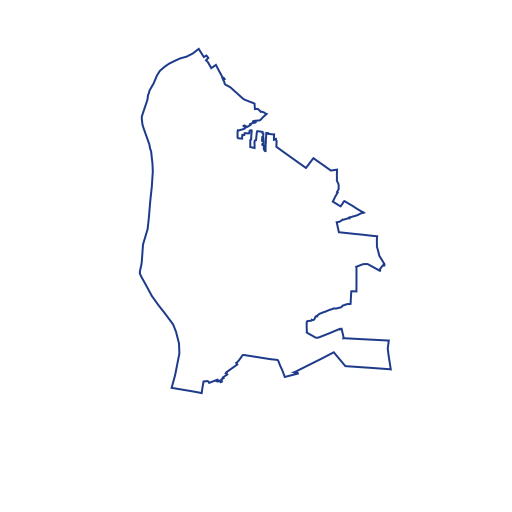 Topalu, Constanta, Romania, rotated 28°
{"feature_id": "2599482B85456823003840", "entity_name": "Topalu", "entity_type": "district", "adm_level": 2, "iso_a3": "ROU", "parent_name": "Romania", "parent_adm1": "Constanta", "projection": "natural_earth1", "projection_center": [28.102, 44.537], "detail": "fine", "context": "isolated", "style": "outline", "palette": "blue", "viewbox_px": 512, "rotation_deg": 28, "n_neighbors": 0, "source": "geoboundaries", "source_scale": "gbopen_adm2", "svg_char_len": 5897}
<svg xmlns="http://www.w3.org/2000/svg" viewBox="0 0 512 512"><g transform="rotate(28 256 256)"><path d="M243.4,412.0L254.6,408.3L262.6,405.6L269.5,403.4L272.4,402.6L270.5,397.3L268.6,391.4L271.9,389.2L273.1,389.2L274.2,390.0L280.1,383.2L281.0,383.7L280.6,384.9L281.4,384.7L282.2,383.4L284.1,384.0L284.9,382.8L283.3,381.5L284.7,379.1L283.8,378.7L286.2,374.2L284.4,373.8L284.9,372.7L284.5,372.4L290.4,360.6L288.9,359.8L288.7,359.7L289.2,358.9L289.4,358.3L289.9,356.0L290.4,352.7L290.7,350.0L291.2,349.4L292.3,348.9L307.7,343.6L318.1,340.0L318.2,339.9L322.7,338.1L324.0,337.7L325.1,338.3L328.8,341.5L332.8,344.5L338.2,349.3L348.1,340.2L347.6,339.7L345.9,340.3L344.8,340.7L344.3,340.8L344.5,340.6L353.5,327.9L362.2,315.7L369.2,305.5L369.9,304.5L386.6,311.3L409.8,300.9L427.9,292.9L428.2,292.8L419.5,281.2L415.8,275.9L412.9,268.3L412.6,268.5L388.8,279.6L371.8,287.5L371.7,287.6L371.4,286.6L365.8,280.1L364.7,281.4L364.2,281.0L357.3,289.5L349.7,298.4L348.7,299.3L347.9,299.7L347.0,300.0L346.4,300.1L343.0,299.9L339.4,299.9L336.7,299.7L336.7,299.4L333.4,293.7L331.9,290.7L331.8,290.1L331.8,289.8L332.0,289.3L334.8,287.4L335.2,287.1L335.2,286.1L335.7,286.1L336.3,285.9L336.7,285.6L336.9,285.3L337.2,284.4L337.3,284.1L337.2,283.4L336.9,282.5L337.0,282.1L337.4,281.4L338.1,280.8L337.7,280.6L337.8,280.5L338.5,278.9L339.1,277.5L339.9,276.4L340.8,275.5L341.2,274.8L341.5,274.5L342.5,273.4L343.1,272.9L345.2,270.3L346.8,268.4L347.7,267.6L348.2,267.3L348.7,266.4L349.2,265.8L349.3,265.7L350.2,265.4L351.3,264.8L351.9,264.4L352.5,263.8L353.1,263.2L354.3,262.2L354.7,261.9L355.5,260.8L355.8,259.4L356.0,258.8L356.8,258.2L357.3,257.7L357.8,256.9L358.4,256.5L359.3,255.5L359.9,255.1L360.9,254.7L362.0,253.9L356.7,242.5L356.7,242.4L361.3,240.1L355.4,228.9L350.1,219.0L350.0,218.7L349.6,218.5L354.2,213.1L356.4,211.7L358.4,210.7L372.4,210.9L372.4,210.4L371.6,209.3L372.3,205.0L373.5,204.5L373.8,204.2L373.6,203.8L372.8,203.3L373.1,202.8L364.8,197.9L360.9,193.6L358.4,191.0L358.2,190.8L357.6,189.4L355.6,185.9L354.6,183.9L354.0,182.4L353.7,181.7L350.4,183.1L339.7,187.3L333.2,190.0L318.0,196.1L311.4,188.3L312.9,187.2L313.6,186.6L314.3,185.5L314.5,185.0L315.3,183.6L315.3,183.2L315.8,183.1L316.4,182.8L317.9,181.1L319.0,180.2L319.3,179.7L319.5,179.5L320.6,179.0L320.1,178.4L320.2,178.1L320.9,177.6L321.2,177.6L322.9,175.7L323.5,175.2L324.6,174.2L325.0,173.7L325.6,173.1L326.3,172.5L326.6,172.2L326.7,171.9L327.3,171.0L328.0,170.0L328.7,169.1L329.0,168.7L329.7,168.2L330.1,167.7L330.4,167.6L330.9,167.1L330.5,167.0L330.2,167.1L328.9,167.1L328.1,167.2L321.5,166.8L317.7,166.4L314.3,166.3L312.0,166.2L308.8,166.0L308.3,166.0L308.0,166.5L307.9,167.6L307.7,170.2L307.5,171.7L307.4,172.4L305.8,172.4L298.3,171.9L298.1,166.6L298.3,161.6L297.5,161.5L297.6,159.0L297.6,158.3L297.5,158.0L296.9,156.9L296.1,155.2L295.1,153.9L294.3,153.1L293.2,152.4L292.7,152.0L292.0,151.5L291.1,149.6L289.1,146.0L287.0,141.7L282.0,145.4L260.8,142.7L260.5,144.1L258.8,154.8L249.5,153.6L232.7,151.4L222.7,150.0L220.2,144.8L219.5,144.5L218.5,143.2L217.6,144.1L217.4,144.9L217.3,145.0L216.8,144.1L214.9,140.2L214.8,140.3L209.5,142.4L209.2,141.8L207.3,142.5L207.9,143.7L208.5,144.9L209.8,148.0L210.6,149.6L211.3,151.0L211.8,152.1L212.4,153.6L215.2,158.9L214.9,159.1L214.6,159.1L214.0,158.9L213.7,158.6L213.3,158.1L212.9,158.0L212.8,157.9L212.6,157.8L211.7,156.0L210.9,154.5L210.8,154.4L210.6,154.4L210.4,154.5L209.6,155.0L209.3,154.7L209.1,154.4L209.0,154.0L209.2,153.4L209.7,152.6L208.4,150.5L207.3,151.4L206.7,150.4L206.8,150.2L207.7,149.3L207.2,148.5L206.5,148.8L206.1,148.9L205.7,148.3L205.6,147.8L206.4,147.3L205.0,144.4L204.2,144.6L203.6,143.4L201.0,144.2L198.5,145.2L198.6,146.1L198.9,147.0L200.6,151.2L201.3,152.9L201.6,153.7L201.6,154.0L200.8,154.6L200.8,154.9L200.8,155.2L201.8,157.4L202.6,158.6L204.0,161.3L199.8,162.5L196.5,156.3L196.6,156.0L196.9,155.8L197.0,155.3L196.2,153.8L194.5,150.1L193.4,147.3L193.1,147.1L192.8,147.2L191.9,147.8L191.7,148.1L191.6,148.4L191.6,148.8L192.4,150.8L192.1,151.0L191.2,151.6L189.9,152.1L188.9,152.5L188.5,152.7L188.3,153.0L188.9,154.7L188.8,154.8L188.3,155.1L187.1,155.5L187.7,157.0L188.6,158.9L185.0,160.4L184.1,160.0L183.8,159.6L183.0,157.9L182.7,157.4L182.5,157.2L182.1,156.4L181.7,155.5L181.4,154.8L181.1,154.1L181.0,153.4L181.5,153.3L181.9,153.2L183.6,151.5L185.1,150.1L185.5,149.7L186.3,148.5L186.4,148.0L186.5,147.5L184.2,147.1L183.9,147.0L184.0,146.7L184.3,146.3L184.8,146.2L185.7,146.2L187.3,146.2L187.6,146.2L187.9,145.8L188.5,144.6L189.7,142.9L189.7,142.7L188.9,142.2L190.6,140.2L192.9,138.4L193.0,138.1L192.8,137.7L192.6,137.6L192.3,137.8L190.5,139.1L190.1,138.6L190.6,137.9L191.6,137.1L194.9,135.0L195.5,134.5L195.7,134.2L196.0,133.8L196.3,132.9L197.0,130.1L197.4,129.1L198.1,127.2L198.7,125.6L198.4,125.6L198.0,125.8L196.7,125.7L196.2,125.6L195.7,125.5L195.4,125.5L194.6,125.7L192.8,126.0L192.4,126.5L191.7,126.1L188.9,125.3L188.4,125.4L187.7,125.7L186.1,126.8L183.1,122.1L172.8,123.3L172.0,123.3L171.4,123.3L170.2,123.1L165.1,121.8L163.2,121.3L159.4,120.4L155.1,119.3L154.4,119.1L153.6,119.1L152.6,119.1L152.1,118.9L150.2,119.1L148.5,119.1L148.2,118.9L147.1,118.3L146.3,117.2L146.1,117.0L144.3,115.9L145.2,114.5L143.6,113.8L142.8,114.6L141.1,113.0L136.4,109.9L130.9,106.1L128.3,111.1L122.5,107.4L120.0,106.7L120.9,103.5L118.1,102.3L116.5,104.8L112.3,102.4L108.2,100.0L106.9,102.8L105.3,106.6L101.1,112.6L96.3,117.1L92.9,121.5L88.9,127.1L86.5,131.8L84.2,137.7L83.8,143.2L84.6,151.9L84.5,153.2L84.3,160.2L84.9,162.0L85.1,164.4L86.8,169.1L89.7,186.5L91.1,189.0L94.0,193.2L96.8,196.0L109.4,207.5L112.0,210.8L114.3,212.9L117.2,217.2L121.2,223.0L125.2,229.8L131.5,243.8L136.7,256.8L144.1,274.1L147.7,283.2L150.8,298.8L154.3,306.7L157.9,314.8L158.8,317.3L160.6,323.7L160.9,324.6L161.0,324.6L161.8,326.1L164.8,328.4L169.7,331.5L183.0,340.3L192.7,345.1L202.0,349.2L214.9,355.3L221.0,360.5L229.1,369.4L234.1,378.0L240.5,399.1L243.4,412.0Z" fill="none" stroke="#1e3a8a" stroke-width="2"/></g></svg>